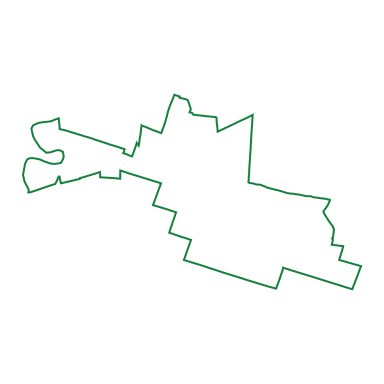 Marsani, Dolj, Romania
{"feature_id": "2599482B14881654766127", "entity_name": "Marsani", "entity_type": "district", "adm_level": 2, "iso_a3": "ROU", "parent_name": "Romania", "parent_adm1": "Dolj", "projection": "natural_earth1", "projection_center": [23.99, 44.03], "detail": "fine", "context": "isolated", "style": "outline", "palette": "green", "viewbox_px": 384, "rotation_deg": 0, "n_neighbors": 0, "source": "geoboundaries", "source_scale": "gbopen_adm2", "svg_char_len": 5959}
<svg xmlns="http://www.w3.org/2000/svg" viewBox="0 0 384 384"><path d="M352.3,289.2L352.4,288.9L356.3,278.7L357.2,276.4L359.9,269.0L361.0,266.1L355.9,264.7L339.2,259.9L339.2,259.7L340.2,256.5L340.9,254.3L341.4,252.7L342.2,250.3L343.2,246.2L331.8,244.7L332.0,244.4L332.0,244.1L332.0,243.9L332.4,242.1L332.8,240.3L332.8,239.9L332.8,239.7L332.7,239.6L332.8,239.5L332.7,238.6L332.2,238.4L332.3,238.2L332.6,237.7L332.8,237.4L332.9,237.2L333.0,237.0L333.1,236.8L333.2,235.8L333.3,235.1L333.4,233.7L333.7,232.1L333.8,230.8L334.0,229.9L333.9,229.7L333.9,229.4L333.8,228.9L333.2,228.0L333.1,227.7L333.2,227.4L333.1,227.0L332.9,226.8L332.8,226.4L329.3,221.7L327.6,219.1L327.3,218.4L326.9,217.9L325.8,216.3L325.1,215.1L324.5,214.2L324.1,213.3L323.6,212.2L323.4,211.8L323.4,211.5L323.4,211.4L323.5,211.2L324.5,209.8L325.9,208.0L327.3,205.9L327.8,205.1L328.8,202.9L329.4,201.6L330.0,200.2L330.0,199.9L329.9,199.8L329.2,199.7L328.6,199.5L327.0,199.2L326.6,199.1L326.0,198.9L325.7,198.9L325.4,198.8L324.2,198.6L323.6,198.6L321.3,198.3L318.0,197.8L315.2,197.4L314.3,197.4L313.7,197.3L313.2,197.2L312.1,196.8L311.2,196.4L310.5,196.2L310.0,196.1L309.2,196.2L308.5,196.3L307.2,196.2L305.4,195.9L300.8,195.0L297.8,194.3L297.0,194.4L296.0,194.3L293.9,193.9L292.6,193.7L291.5,193.7L288.6,193.3L287.6,193.2L287.1,193.1L286.5,192.8L286.0,192.8L285.4,192.5L281.8,191.4L280.5,191.1L279.6,190.8L278.8,190.5L278.3,190.3L277.8,190.2L277.4,190.1L276.7,190.0L276.2,189.9L275.3,189.7L274.3,189.4L272.9,189.1L272.1,188.9L271.6,188.8L271.1,188.6L270.6,188.4L269.8,188.3L268.9,188.0L267.5,187.7L266.9,187.5L266.5,187.3L265.9,187.0L265.3,186.7L264.8,186.4L264.5,186.3L264.0,186.2L263.4,186.0L261.5,185.1L260.7,184.8L260.4,184.7L260.1,184.6L259.7,184.6L258.2,184.6L257.5,184.5L257.1,184.5L256.7,184.5L256.2,184.4L255.4,184.2L254.5,183.9L253.7,183.6L252.7,183.4L252.0,183.3L251.2,183.2L250.1,183.0L249.0,182.7L248.6,182.6L248.5,182.3L248.4,181.8L248.5,181.4L248.6,180.7L248.7,180.1L248.7,179.4L248.8,175.9L248.9,175.1L249.1,174.0L249.2,172.3L249.2,170.9L249.3,168.6L249.5,165.4L249.6,164.5L249.6,163.9L249.6,163.7L249.6,163.2L249.7,162.1L249.8,161.3L249.8,160.7L249.9,160.1L249.9,158.7L250.5,150.4L250.5,149.9L250.6,149.3L250.7,148.3L250.7,147.5L250.7,146.6L250.7,145.9L250.7,145.3L250.8,144.7L250.8,144.0L251.0,142.4L251.0,140.8L251.1,139.7L251.1,139.4L251.1,139.2L251.1,138.4L251.2,138.2L251.2,137.5L251.3,135.8L251.5,132.7L251.5,131.8L251.6,131.1L251.7,129.8L251.8,128.5L251.9,127.4L252.7,114.9L251.5,115.5L247.0,117.8L237.9,122.0L234.3,123.8L229.0,126.3L226.8,127.4L225.4,127.9L224.4,128.5L223.0,129.1L221.0,130.1L220.1,130.6L219.6,130.8L218.7,131.2L217.6,131.7L217.5,130.3L217.5,129.6L217.4,127.8L217.2,126.7L217.1,126.1L217.2,125.6L217.1,125.2L216.7,122.7L216.7,121.6L216.5,118.3L216.4,117.6L216.3,117.4L215.9,117.2L215.3,117.0L211.5,116.7L206.2,116.2L200.6,115.5L199.5,115.4L198.1,115.3L196.8,115.1L195.9,114.9L194.1,114.8L193.6,114.7L193.3,114.6L193.0,114.4L192.8,114.0L192.6,113.4L192.2,113.0L191.6,112.7L190.8,112.6L189.6,112.4L189.8,111.8L190.3,110.5L190.6,109.8L190.8,109.3L190.8,108.8L190.6,108.3L189.7,105.8L189.0,103.6L188.0,100.5L187.9,100.3L187.6,100.0L185.5,99.1L184.9,98.9L183.7,98.7L179.9,97.9L179.6,97.8L179.5,97.7L179.3,97.5L179.3,97.3L179.4,97.0L179.6,96.5L179.0,96.3L176.1,95.4L174.4,94.8L174.0,95.8L173.3,97.6L171.5,102.0L170.4,104.7L169.6,106.6L169.2,108.1L168.7,109.3L168.0,111.5L167.3,114.3L166.5,117.5L165.9,119.6L165.0,122.8L161.3,133.1L160.0,132.7L158.4,132.1L157.5,131.7L156.7,131.3L156.2,131.1L155.4,131.0L153.9,130.4L151.8,129.6L148.3,128.1L145.8,127.0L143.4,126.2L142.8,126.1L142.3,125.9L141.7,125.5L141.6,125.4L141.4,126.8L141.3,127.7L141.1,129.1L140.8,131.6L140.7,132.7L140.6,133.1L140.5,133.4L140.6,133.9L140.5,134.3L140.5,135.0L140.3,135.7L140.1,136.0L140.0,136.5L139.7,138.8L139.4,141.5L139.2,143.1L139.1,143.8L138.8,144.7L138.8,145.0L138.7,145.6L136.8,142.9L136.5,143.9L133.8,151.7L132.0,156.4L130.8,156.1L127.0,154.4L123.2,153.1L123.8,151.9L124.1,151.2L124.3,150.5L124.4,150.1L124.6,149.2L122.1,148.4L119.4,147.5L116.5,146.5L112.2,145.2L109.5,144.4L101.0,141.5L95.6,139.8L92.0,138.5L88.5,137.4L84.4,136.3L80.8,135.1L77.1,134.0L68.3,131.3L64.8,130.2L59.7,129.1L59.7,128.2L59.6,126.9L59.3,123.8L58.7,118.3L53.9,120.0L51.4,121.2L47.9,121.7L42.3,122.3L38.3,123.0L33.1,125.3L31.4,128.6L33.0,136.0L34.8,139.6L40.2,147.8L42.9,149.9L46.3,152.7L50.6,152.3L55.3,150.7L57.5,150.1L60.5,150.5L63.0,152.0L63.7,156.7L63.2,158.8L60.8,163.0L55.0,163.9L51.2,163.7L45.3,161.8L40.0,159.5L36.0,158.6L32.3,158.1L29.5,158.3L27.2,159.5L26.2,161.5L25.0,164.1L23.6,171.6L23.0,175.0L23.9,178.6L24.4,181.2L26.4,185.3L28.2,188.3L28.8,191.1L28.4,192.4L30.2,192.3L35.8,190.5L43.0,188.0L50.9,185.3L55.2,184.0L56.6,181.3L57.7,178.9L58.8,176.5L59.5,176.5L59.7,177.9L60.3,180.8L61.0,183.3L67.1,181.9L73.4,180.4L76.4,179.7L79.9,178.8L79.9,178.1L84.4,176.9L100.0,172.1L100.2,174.7L100.2,175.9L100.1,177.3L109.3,177.8L114.8,178.2L118.9,178.6L120.2,178.7L120.2,177.7L120.2,176.7L120.2,175.0L120.3,171.8L120.3,170.5L123.5,171.5L129.3,173.5L132.5,174.5L140.2,176.8L144.6,178.2L151.3,180.3L154.8,181.4L159.5,182.8L161.0,183.3L160.2,185.6L158.6,189.9L157.1,194.0L155.9,197.3L154.4,201.2L153.4,204.0L153.0,205.1L155.8,205.9L166.3,209.1L170.0,210.3L173.9,211.6L176.1,212.3L175.3,214.5L174.6,216.8L173.8,219.1L172.5,222.7L171.9,224.9L170.7,228.0L169.9,230.7L169.2,232.7L169.2,232.8L170.7,233.3L172.7,233.8L173.6,234.2L175.0,234.7L179.4,236.1L180.6,236.7L183.9,237.6L187.0,238.6L191.0,239.9L183.9,260.0L184.5,260.2L193.3,262.9L200.3,265.0L204.3,266.3L208.3,267.7L215.4,269.9L222.1,272.2L236.4,276.6L241.8,278.3L245.7,279.6L259.7,283.9L269.0,286.7L274.0,288.0L275.1,288.4L275.9,288.6L276.1,288.6L279.2,280.1L280.1,277.7L280.8,275.3L282.0,272.1L282.8,269.4L283.0,267.7L284.0,268.0L285.2,268.4L287.3,269.0L290.6,270.1L295.5,271.6L299.0,272.7L305.6,274.7L314.7,277.5L319.4,279.0L328.3,281.8L338.3,284.9L344.4,286.8L349.2,288.3L350.9,288.8L352.3,289.2Z" fill="none" stroke="#15803d" stroke-width="2"/></svg>